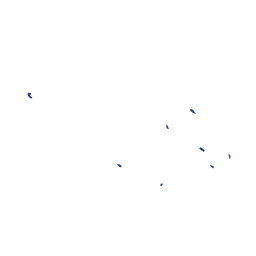 Lakshadweep, Robinson projection, rotated 112°
{"feature_id": "IND-2443", "entity_name": "Lakshadweep", "entity_type": "Union Territory", "adm_level": 1, "iso_a3": "IND", "parent_name": "India", "parent_adm1": "", "projection": "robinson", "projection_center": [72.975, 9.972], "detail": "fine", "context": "isolated", "style": "filled", "palette": "blue", "viewbox_px": 256, "rotation_deg": 112, "n_neighbors": 0, "source": "natural_earth", "source_scale": "10m", "svg_char_len": 1087}
<svg xmlns="http://www.w3.org/2000/svg" viewBox="0 0 256 256"><g transform="rotate(112 128 128)"><path d="M136.0,229.1L136.3,229.2L136.3,229.3L136.3,229.5L135.4,231.8L134.9,232.5L134.2,232.9L133.6,233.1L133.1,232.7L133.0,231.6L133.4,231.6L133.4,232.3L133.4,232.5L134.4,232.0L135.2,231.3L135.8,230.3L136.0,229.1ZM87.5,76.9L87.5,75.6L87.8,74.5L88.1,73.9L88.4,73.5L88.7,73.0L88.9,72.7L88.9,73.5L88.3,75.3L87.5,76.9ZM120.5,49.3L120.9,49.3L120.9,49.6L120.7,49.9L120.5,50.1L120.5,51.1L120.3,52.0L119.8,53.9L119.6,53.0L119.5,52.8L119.7,51.6L120.5,49.3ZM166.5,121.1L166.4,121.6L166.2,122.1L166.0,122.5L165.8,122.8L165.7,122.1L165.8,121.5L166.0,121.0L166.4,120.5L166.5,120.7L166.5,121.1ZM113.0,91.7L112.4,92.1L112.2,92.3L111.9,92.4L112.1,92.1L113.0,91.3L113.0,91.5L113.0,91.7ZM132.5,34.6L132.4,35.3L132.3,35.7L132.1,36.0L132.1,35.4L132.1,35.0L132.2,34.7L132.5,34.6ZM116.6,22.9L116.2,23.2L116.0,23.3L115.8,23.4L116.0,23.0L116.3,22.9L116.6,22.9ZM167.8,75.6L168.4,75.7L168.5,75.8L168.1,76.0L167.9,76.0L167.9,75.8L167.8,75.6L167.8,75.6Z" fill="#3b82f6" stroke="#1e3a8a" stroke-width="1.5"/></g></svg>